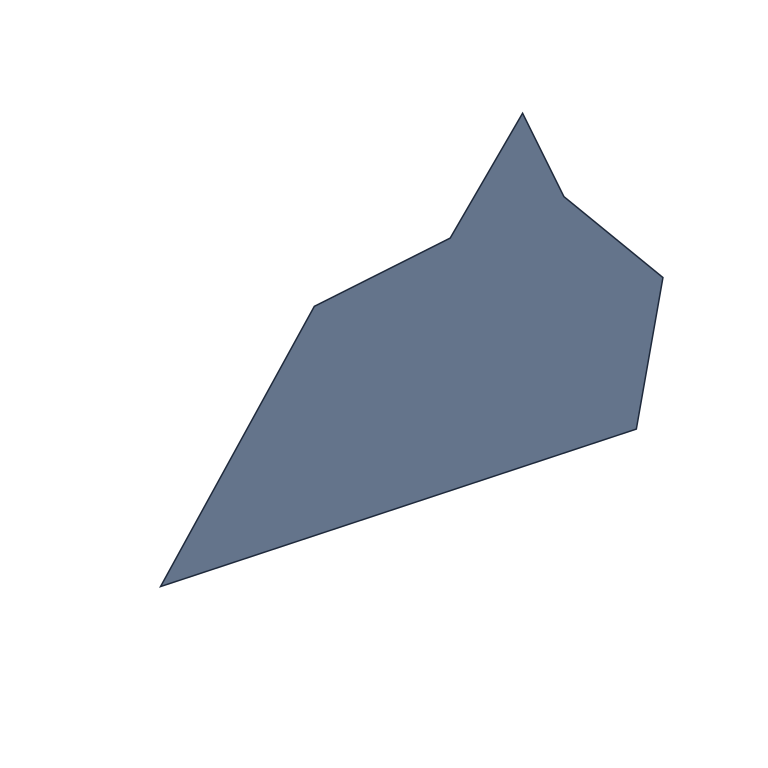 North Hill, Robinson projection, rotated 150°
{"feature_id": "AIA-5118", "entity_name": "North Hill", "entity_type": "District", "adm_level": 1, "iso_a3": "AIA", "parent_name": "Anguilla", "parent_adm1": "", "projection": "robinson", "projection_center": [-63.07, 18.224], "detail": "fine", "context": "isolated", "style": "filled", "palette": "slate", "viewbox_px": 768, "rotation_deg": 150, "n_neighbors": 0, "source": "natural_earth", "source_scale": "10m", "svg_char_len": 265}
<svg xmlns="http://www.w3.org/2000/svg" viewBox="0 0 768 768"><g transform="rotate(150 384 384)"><path d="M89.2,336.7L188.0,218.8L678.8,320.3L405.5,486.1L253.7,477.3L128.6,549.2L134.5,456.3L89.2,336.7Z" fill="#64748b" stroke="#1e293b" stroke-width="1.5"/></g></svg>